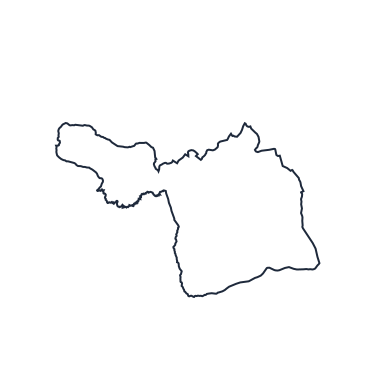 Guachucal, Nariño, Colombia (orthographic projection), rotated 215°
{"feature_id": "7082276B62012861578772", "entity_name": "Guachucal", "entity_type": "district", "adm_level": 2, "iso_a3": "COL", "parent_name": "Colombia", "parent_adm1": "Nariño", "projection": "orthographic", "projection_center": [-77.704, 0.975], "detail": "fine", "context": "isolated", "style": "outline", "palette": "slate", "viewbox_px": 384, "rotation_deg": 215, "n_neighbors": 0, "source": "geoboundaries", "source_scale": "gbopen_adm2", "svg_char_len": 6113}
<svg xmlns="http://www.w3.org/2000/svg" viewBox="0 0 384 384"><g transform="rotate(215 192 192)"><path d="M188.2,278.6L187.8,275.2L186.7,271.7L186.1,268.2L186.8,263.1L189.0,261.9L190.3,261.9L191.0,261.1L191.7,261.3L193.5,262.1L193.6,258.7L193.1,255.8L193.1,254.8L197.8,249.5L198.5,247.5L198.4,246.3L197.3,244.9L196.7,243.3L197.6,239.8L198.8,238.1L202.5,236.3L203.5,235.0L203.3,233.2L202.6,231.8L202.7,230.8L202.5,229.9L202.8,228.1L203.4,226.2L202.9,225.0L203.2,223.4L209.4,223.7L209.0,226.3L209.8,226.5L212.9,226.9L214.8,226.8L216.6,225.9L217.9,224.2L218.3,223.1L218.0,222.0L216.7,220.8L215.5,219.2L219.2,219.0L219.3,214.9L221.0,210.1L220.7,207.0L225.7,206.8L225.4,205.2L225.7,204.1L227.0,202.3L228.2,201.2L228.7,200.9L230.1,200.9L231.0,200.2L232.1,198.4L232.6,197.0L233.4,195.7L233.5,195.1L233.4,194.2L231.8,191.5L231.3,189.7L232.0,190.1L233.0,190.3L234.5,190.2L235.2,190.3L236.0,191.0L237.2,191.4L239.1,192.8L239.6,193.7L239.5,196.2L240.7,197.7L240.7,198.1L240.2,198.6L240.7,198.9L241.5,198.9L242.0,199.2L246.2,204.1L249.3,205.9L251.0,205.5L254.2,206.0L257.7,206.2L258.4,205.8L259.5,204.6L263.2,202.1L264.4,200.5L265.5,199.7L265.7,198.9L265.8,196.7L268.4,193.3L269.1,193.2L270.1,191.8L272.9,190.1L274.4,189.6L279.3,186.9L286.0,186.7L289.5,187.4L290.9,186.8L293.2,186.3L294.0,186.4L294.9,186.0L296.5,186.0L298.0,185.2L300.8,185.2L302.0,184.2L303.4,184.0L304.0,184.0L304.9,185.5L306.3,186.8L307.3,186.9L308.7,186.7L311.1,187.6L313.5,187.5L314.4,187.3L316.3,186.1L318.3,185.3L318.8,184.7L319.4,183.7L326.2,180.1L326.8,179.1L328.3,178.2L330.0,176.7L330.7,176.5L333.4,176.7L335.0,176.1L336.5,173.4L336.8,171.9L336.7,170.6L337.2,168.4L337.2,167.2L336.7,165.6L336.3,165.0L334.8,163.7L333.9,161.9L332.8,160.7L332.9,159.2L332.0,157.8L331.3,157.5L329.8,158.0L328.7,157.0L328.4,156.3L328.3,154.5L327.9,153.9L328.3,153.2L329.9,152.0L328.8,151.3L328.0,149.6L327.0,148.7L326.4,147.5L325.7,146.6L323.7,144.8L322.9,144.5L320.6,144.1L317.9,144.0L315.6,144.4L314.1,145.1L312.4,145.1L311.2,146.0L305.1,148.2L303.7,148.3L302.0,147.8L300.3,147.9L297.9,149.4L295.6,150.1L294.1,151.1L292.1,151.8L290.2,153.0L289.1,152.9L286.5,153.2L281.9,153.0L280.3,152.5L278.4,151.2L276.8,150.6L275.7,150.4L274.0,151.3L273.3,151.4L272.4,151.0L271.3,150.1L270.8,149.0L270.7,147.2L269.8,144.3L270.2,142.6L270.2,141.0L270.7,138.9L270.4,138.7L269.9,138.7L268.6,140.2L267.5,140.5L267.3,140.9L267.6,142.0L267.3,142.5L266.2,142.1L265.3,142.8L265.0,141.3L264.2,141.0L263.8,140.2L263.4,140.1L262.2,140.7L261.2,140.4L260.5,139.3L260.4,138.1L260.0,137.3L258.8,137.0L258.3,136.1L257.0,136.0L255.6,134.8L254.8,134.6L254.6,134.8L254.6,135.3L254.1,135.4L253.9,136.1L252.6,136.5L252.0,137.8L251.1,137.4L250.7,138.4L250.4,138.5L249.6,137.5L249.3,137.5L249.2,139.1L248.6,140.0L248.7,141.3L248.4,141.7L248.0,141.8L247.4,141.4L246.9,139.4L245.2,137.9L244.2,137.7L243.5,138.0L242.9,137.9L242.5,138.8L241.8,139.0L241.6,139.9L240.9,140.1L240.8,140.4L240.7,140.9L241.6,141.3L241.6,141.6L240.6,141.4L240.2,140.8L239.7,141.4L239.4,141.4L239.2,141.0L239.2,140.1L237.8,141.8L236.8,141.7L236.5,142.8L235.7,143.0L235.5,144.7L235.8,145.4L235.4,145.5L234.9,145.1L233.7,146.3L232.0,146.7L231.9,147.0L232.0,147.3L232.9,147.0L233.2,147.3L232.5,148.0L232.8,149.0L232.7,149.4L231.9,149.5L232.1,150.5L231.0,150.8L231.5,151.6L230.5,151.9L230.7,152.4L231.5,152.9L231.4,153.1L230.8,153.3L230.7,153.7L231.3,154.4L231.1,155.0L231.7,155.8L230.5,156.4L231.3,156.8L230.9,157.4L231.6,158.3L231.4,158.5L230.8,158.2L230.7,158.4L231.1,159.0L232.0,159.1L231.6,159.9L232.0,161.1L231.9,161.6L231.3,161.7L231.0,162.7L230.1,162.6L229.9,163.5L229.0,164.0L229.3,164.8L228.8,165.4L228.7,166.6L227.9,166.9L227.2,166.6L226.3,168.1L225.9,168.4L223.8,168.9L223.2,168.3L222.6,168.3L221.8,167.8L220.9,167.9L220.4,167.6L220.0,167.8L219.5,167.7L218.7,168.2L218.5,168.4L218.8,168.9L218.1,169.2L217.5,169.8L218.1,170.4L218.0,170.6L217.4,170.6L217.7,171.3L216.9,171.6L217.9,172.1L218.2,173.8L217.3,174.6L216.4,176.6L216.0,176.4L215.6,177.3L214.1,177.8L212.3,176.0L207.5,172.6L204.7,169.9L200.4,167.1L198.0,164.8L191.3,160.1L190.5,159.0L184.2,156.8L183.0,156.1L182.8,155.7L182.9,155.0L182.7,154.7L182.8,154.4L182.2,153.7L181.8,151.5L181.0,150.9L180.6,148.2L179.8,147.7L179.4,147.1L179.5,145.9L179.0,144.5L178.7,144.1L177.9,144.0L176.3,142.6L176.1,140.2L175.4,139.0L175.7,136.2L174.6,135.3L173.6,135.1L172.9,134.0L171.7,133.2L171.1,132.2L170.2,131.9L169.2,130.9L166.8,129.4L166.1,128.3L164.6,127.0L164.0,125.9L162.9,126.1L162.4,126.0L161.7,125.5L160.2,123.6L158.1,122.1L155.0,121.2L153.9,118.3L154.1,117.5L153.9,116.8L152.6,115.8L152.1,114.8L150.0,112.0L149.6,111.8L148.7,112.0L147.8,111.5L146.6,109.1L145.6,109.0L144.9,108.7L143.4,107.7L142.4,107.3L141.2,106.2L140.2,106.3L138.4,105.7L137.0,105.9L135.5,104.8L134.5,104.9L133.4,106.4L132.9,106.7L130.5,107.0L130.0,107.4L130.1,108.2L129.5,109.0L128.4,109.5L127.7,110.5L126.2,111.2L125.2,112.1L123.9,112.5L123.4,113.2L122.6,115.0L122.1,115.2L121.5,116.1L121.4,117.0L120.0,118.4L117.8,120.4L114.4,122.2L113.6,122.8L113.0,124.6L112.6,124.9L110.1,128.1L108.9,130.5L108.3,132.7L107.3,135.7L103.2,142.1L100.6,145.6L94.3,151.4L91.1,157.8L89.6,159.7L87.7,163.0L87.1,166.0L87.1,172.5L86.7,173.2L85.1,174.4L79.7,175.3L78.0,176.0L76.7,176.9L75.6,178.0L72.3,183.1L69.5,186.1L64.6,187.4L61.6,188.7L56.5,192.5L54.1,194.5L52.2,195.4L51.0,196.5L48.8,197.7L47.9,198.7L47.2,200.0L47.1,204.0L46.8,205.3L46.8,206.8L52.0,210.8L58.3,216.5L63.8,219.4L80.3,225.9L81.6,226.7L82.2,228.1L85.1,231.6L86.9,234.5L87.9,235.5L90.6,237.3L92.5,241.6L95.5,244.5L96.8,246.9L98.6,248.7L99.3,251.3L100.5,253.4L101.3,254.0L102.3,254.1L102.5,254.3L101.2,256.6L106.0,259.4L108.5,261.9L109.4,262.6L111.2,263.4L112.6,264.7L120.4,266.7L122.1,267.5L122.6,267.5L123.4,265.9L127.8,266.2L132.6,265.3L140.9,272.1L142.2,270.8L143.9,270.7L144.3,270.9L148.2,274.6L148.7,274.8L149.6,274.4L153.0,270.8L158.7,265.7L160.9,262.5L162.6,261.9L163.3,262.0L164.6,262.6L164.6,264.4L164.2,265.9L164.3,266.7L164.9,268.1L165.5,271.2L165.9,272.1L169.1,275.3L172.1,276.8L174.3,277.0L179.9,277.9L181.8,279.2L182.7,278.0L184.2,277.5L185.2,277.6L186.6,278.2L187.2,278.7L188.2,278.6Z" fill="none" stroke="#1e293b" stroke-width="2"/></g></svg>